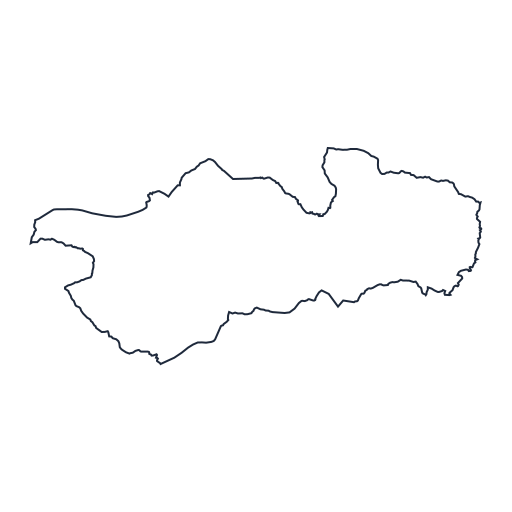 Chimbo, Bolivar, Ecuador
{"feature_id": "8360857B60997464812695", "entity_name": "Chimbo", "entity_type": "district", "adm_level": 2, "iso_a3": "ECU", "parent_name": "Ecuador", "parent_adm1": "Bolivar", "projection": "albers", "projection_center": [-79.114, -1.677], "detail": "fine", "context": "isolated", "style": "outline", "palette": "slate", "viewbox_px": 512, "rotation_deg": 0, "n_neighbors": 0, "source": "geoboundaries", "source_scale": "gbopen_adm2", "svg_char_len": 6036}
<svg xmlns="http://www.w3.org/2000/svg" viewBox="0 0 512 512"><path d="M30.7,243.3L32.7,242.1L37.3,242.1L40.5,238.7L42.4,238.7L44.9,239.8L48.4,239.3L50.6,239.7L51.6,238.8L52.1,238.8L54.3,239.8L57.1,241.9L58.6,242.3L61.2,242.2L62.2,242.6L63.6,243.5L65.6,245.7L71.5,245.3L72.2,246.5L73.4,247.1L74.5,246.8L75.2,247.4L75.9,247.1L78.0,248.4L78.6,248.2L80.3,248.7L82.3,248.5L82.9,248.9L82.9,250.3L84.3,251.1L85.0,251.9L87.8,253.1L92.7,256.3L93.9,259.0L94.1,261.1L92.9,262.8L93.5,264.2L93.4,267.4L92.5,270.6L92.3,273.1L91.9,273.5L91.9,275.1L90.7,277.3L85.9,278.6L83.3,279.9L81.4,280.1L79.6,281.4L77.1,282.3L75.1,282.3L74.1,283.2L70.8,284.7L68.1,285.4L65.0,287.3L65.0,288.8L68.4,291.0L69.0,292.8L70.8,295.8L71.3,297.9L72.3,299.5L73.8,300.8L75.5,305.2L76.4,306.1L79.1,307.2L80.3,308.3L81.2,310.8L83.1,313.5L87.1,317.6L90.3,319.5L90.9,321.1L92.4,322.2L94.3,325.4L95.5,326.1L96.2,328.0L101.7,332.0L104.8,331.9L107.7,331.2L108.3,332.2L109.2,336.4L111.4,336.6L112.7,338.2L116.3,339.3L118.4,341.2L119.3,343.4L119.8,347.2L120.9,348.7L122.1,349.8L126.0,352.3L129.5,353.6L130.2,353.2L132.8,352.7L135.4,350.9L138.3,350.0L139.1,350.1L140.5,351.4L141.2,351.6L147.7,351.6L148.9,351.9L149.2,352.4L149.3,353.9L151.0,354.6L151.6,355.6L153.1,355.5L156.5,354.3L157.0,355.0L156.0,357.7L157.3,358.0L157.9,358.6L157.0,360.2L157.1,361.1L160.4,363.4L160.6,364.0L174.3,357.7L181.6,352.8L188.1,347.6L193.1,344.5L197.7,342.5L202.0,342.4L206.1,342.7L211.4,341.9L213.7,341.0L215.1,339.4L220.9,326.1L221.7,325.6L223.0,325.3L223.7,324.0L226.7,321.8L228.3,320.0L227.9,319.2L228.1,315.5L229.1,312.0L232.5,313.5L235.1,312.6L238.0,313.5L242.4,313.3L244.7,314.3L247.5,314.2L251.4,313.2L252.2,311.9L253.5,310.8L254.0,309.4L254.8,308.4L256.8,307.6L260.5,309.3L263.9,309.7L265.6,310.5L268.6,310.7L270.0,311.5L272.6,312.1L284.6,313.0L289.5,312.4L294.6,308.6L298.9,303.0L301.4,301.0L302.2,300.8L304.8,301.1L307.2,300.2L308.2,299.3L308.9,299.1L312.8,300.4L314.0,300.6L315.1,300.1L315.4,299.6L315.2,299.1L316.5,296.3L319.0,292.4L321.6,290.4L328.7,293.9L338.0,306.6L343.2,300.5L354.0,302.2L354.9,301.5L357.1,301.2L357.9,300.5L358.8,298.2L361.2,294.1L361.8,293.7L363.6,293.7L364.5,292.7L365.3,290.7L366.7,290.0L367.3,289.1L369.1,288.3L370.7,288.6L372.8,287.9L377.6,285.1L379.8,284.3L381.2,284.3L382.3,285.0L383.7,285.4L387.9,285.0L388.3,283.9L390.1,282.7L392.4,282.1L394.1,282.3L397.8,281.7L400.7,279.8L402.8,280.5L409.1,280.6L413.5,282.0L415.7,281.6L417.5,284.0L418.4,286.2L420.5,287.4L421.2,288.3L422.2,292.7L423.0,293.5L425.5,294.6L425.8,295.1L426.4,294.2L426.6,292.2L427.8,289.6L427.8,287.3L431.6,288.6L434.4,290.4L437.6,291.9L438.9,292.0L442.1,291.0L443.0,290.0L445.2,291.0L444.4,293.2L444.9,294.8L449.5,295.1L450.5,294.8L449.4,293.5L449.5,292.8L452.5,290.2L453.6,287.2L454.5,286.2L455.9,285.6L457.6,286.3L458.0,286.1L458.7,284.7L457.9,283.1L462.2,278.5L462.1,277.1L461.1,275.8L457.5,274.9L458.9,272.1L460.9,270.8L466.0,269.5L468.0,269.8L468.8,271.1L470.6,270.9L471.0,270.2L469.9,268.5L469.7,267.2L470.2,266.9L472.2,267.3L472.5,267.1L474.0,263.4L475.4,262.4L475.0,261.1L475.2,260.2L477.2,259.3L475.3,258.4L474.9,257.9L475.4,256.7L475.3,254.4L475.8,253.6L475.9,252.0L478.1,247.6L479.4,244.1L478.5,242.7L478.3,240.7L478.8,239.3L478.3,238.6L479.7,238.2L480.2,237.5L479.7,233.1L480.8,231.7L479.9,230.2L480.9,229.6L481.3,228.9L480.9,228.2L479.8,228.1L479.4,227.5L480.0,225.9L479.7,224.2L480.1,221.8L477.0,219.0L476.9,218.1L477.7,216.5L476.6,215.3L476.4,214.6L477.1,213.5L477.4,211.7L478.9,210.5L479.5,209.3L479.8,205.1L480.5,202.5L479.4,202.9L478.1,201.6L476.2,201.6L474.5,199.2L472.1,197.6L469.9,197.0L468.0,196.2L465.3,196.6L461.0,194.2L458.8,193.9L458.2,192.2L454.3,186.4L453.9,184.2L453.4,183.4L452.2,182.5L449.8,182.3L447.9,180.6L445.8,180.3L443.0,180.9L441.2,180.5L438.9,181.6L437.3,181.5L431.0,179.2L429.0,177.1L426.7,177.5L425.1,176.7L423.1,177.7L420.4,177.1L416.7,177.8L413.6,175.1L411.0,174.9L410.0,173.1L404.9,172.6L403.4,171.4L401.7,170.9L401.0,171.2L399.3,173.0L398.3,173.3L393.7,172.7L390.5,171.5L388.6,172.5L386.8,172.5L384.5,173.9L382.1,174.0L380.5,172.8L378.2,168.3L377.9,164.8L378.1,160.1L377.5,158.7L373.7,156.6L371.3,156.0L368.3,153.2L363.7,150.8L356.9,149.0L350.4,149.0L347.2,149.7L342.5,149.8L338.2,149.2L336.2,149.5L333.7,148.4L327.8,148.0L327.3,149.9L327.0,152.5L324.1,157.0L324.7,159.4L324.4,160.0L324.4,162.3L322.6,165.3L322.4,167.1L324.6,170.4L324.8,173.5L327.7,177.4L329.6,181.9L331.4,183.9L334.5,185.7L335.7,187.5L336.1,189.2L335.9,193.7L335.4,196.2L334.0,197.2L332.1,199.9L332.8,201.0L331.6,201.8L330.9,202.7L330.3,205.4L330.3,207.8L330.0,208.1L328.5,207.8L327.9,209.9L326.9,211.7L324.6,214.1L323.4,214.1L322.7,216.0L318.9,216.1L318.5,215.6L319.5,214.3L318.2,214.3L316.8,213.7L315.2,214.5L314.5,214.3L314.0,213.9L312.5,213.6L312.1,212.3L311.6,212.5L310.4,212.2L310.3,213.1L309.5,213.4L306.5,212.8L303.4,209.5L301.8,207.3L300.4,204.2L299.0,204.3L298.4,203.9L297.5,201.4L298.0,200.9L298.0,200.4L295.8,198.7L295.0,197.1L292.7,196.8L289.6,194.3L288.5,193.8L285.8,193.4L285.1,193.0L284.3,191.4L282.3,188.8L281.8,187.1L280.4,186.1L278.5,183.7L278.4,183.1L278.0,182.8L276.3,183.0L275.2,181.1L272.8,180.0L269.7,177.6L267.8,177.5L264.3,178.6L263.5,178.6L262.3,177.6L260.9,178.1L260.5,177.5L259.1,177.9L254.8,177.9L252.0,178.5L233.0,179.0L224.0,170.9L222.1,169.9L221.8,169.2L218.0,165.8L215.0,162.0L213.0,160.3L210.2,159.2L208.3,159.1L205.4,161.2L200.1,163.3L198.6,165.5L196.8,166.7L195.0,169.0L191.3,170.5L188.9,172.4L185.6,173.2L181.7,177.7L181.4,179.2L179.9,182.5L179.9,185.3L177.7,185.3L171.7,192.0L168.5,196.6L164.5,193.8L159.1,191.1L157.5,191.3L154.1,192.6L153.0,192.4L152.1,194.1L150.7,193.1L150.1,193.1L149.5,194.3L148.1,195.0L148.1,196.0L149.5,197.8L149.9,200.4L149.0,201.2L146.5,202.0L146.2,202.5L146.7,205.0L146.6,206.9L146.3,207.6L142.6,209.9L138.1,211.8L126.8,215.5L121.9,216.5L116.3,216.9L105.8,215.8L92.2,213.3L82.2,210.4L78.0,209.7L71.8,209.2L56.3,209.3L53.9,209.5L52.6,210.1L38.9,218.7L35.1,220.2L35.2,222.2L34.3,224.6L34.2,227.0L35.6,228.9L35.9,230.1L34.4,231.8L33.7,234.6L31.8,237.2L30.7,243.3Z" fill="none" stroke="#1e293b" stroke-width="2"/></svg>